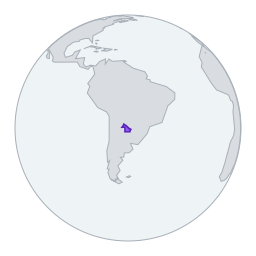 globe centered on Chaco
{"feature_id": "ARG-1306", "entity_name": "Chaco", "entity_type": "Province", "adm_level": 1, "iso_a3": "ARG", "parent_name": "Argentina", "parent_adm1": "", "projection": "orthographic", "projection_center": [-59.946, -26.062], "detail": "fine", "context": "on_globe", "style": "filled", "palette": "violet", "viewbox_px": 256, "rotation_deg": 0, "n_neighbors": 0, "source": "natural_earth", "source_scale": "10m", "svg_char_len": 4279}
<svg xmlns="http://www.w3.org/2000/svg" viewBox="0 0 256 256"><circle cx="128" cy="128" r="113" fill="#eef3f6" stroke="#a8b0b8"/><path d="M95.2,20.2L94.9,20.3L95.2,20.3L103.5,18.8L102.6,19.5L103.9,20.0L106.1,19.2L105.8,18.5L110.3,17.4L109.4,17.1L111.1,16.8L111.7,16.6L115.5,16.1L118.9,15.8L118.6,16.1L120.0,16.2L123.5,15.7L126.0,16.4L132.9,17.4L133.1,17.8L127.9,18.6L119.9,18.8L113.1,21.0L121.4,19.2L121.9,20.8L123.6,21.0L125.8,20.9L127.2,20.2L128.2,20.9L120.3,22.6L119.3,22.0L121.8,21.4L118.1,21.6L112.7,23.4L113.4,24.3L104.7,26.9L105.0,27.7L103.3,28.9L103.3,27.3L103.1,30.4L93.0,35.9L92.4,42.9L88.7,38.3L84.7,38.6L79.8,40.0L79.6,41.1L73.4,42.2L67.2,46.6L64.0,53.3L65.4,57.4L72.4,55.3L74.9,51.9L80.3,49.9L75.5,58.7L84.7,57.6L83.3,64.1L85.9,66.9L90.7,65.1L95.6,66.0L99.5,61.6L105.5,58.9L105.3,64.2L108.9,59.0L112.1,61.3L124.3,60.6L123.3,61.8L133.5,68.3L144.9,71.8L147.5,76.2L146.1,78.8L150.1,79.9L150.2,81.7L166.4,86.6L174.9,92.9L174.7,99.5L167.8,105.9L162.0,122.4L149.8,126.7L147.0,133.9L137.9,144.6L130.5,143.4L133.0,149.2L129.1,152.7L124.3,152.9L123.8,157.1L120.3,157.3L122.9,160.1L117.9,165.9L120.1,170.5L116.6,175.4L118.2,178.2L116.6,178.2L115.2,179.4L115.2,181.0L110.2,178.8L107.9,172.5L109.2,169.2L107.1,168.9L109.6,160.6L107.6,162.4L106.8,150.8L109.1,141.3L109.2,116.4L106.5,111.9L97.8,107.6L87.3,93.0L89.8,86.2L87.7,83.7L94.8,74.0L93.1,66.9L90.7,66.2L88.1,69.4L79.9,66.6L77.3,62.0L54.3,62.2L52.4,60.9L53.2,57.2L49.7,50.5L49.3,58.6L47.1,58.1L46.2,55.9L47.7,54.2L48.5,50.4L47.2,50.6L50.5,46.3L51.7,45.1L58.1,39.7L64.9,34.7L72.1,30.2L79.5,26.3L87.3,23.0L95.2,20.2ZM91.4,45.7L102.0,47.9L95.6,49.3L96.9,48.4L94.3,47.2L89.3,46.7L83.8,48.7L91.4,45.7ZM97.1,40.6L95.2,40.6L97.1,40.3L97.1,40.6ZM109.6,16.9L110.6,16.7L109.9,16.8L109.6,16.9ZM118.9,183.8L110.7,179.7L115.2,181.5L117.7,178.7L122.2,182.1L118.9,183.8ZM126.5,177.0L129.7,175.7L130.7,176.5L128.7,177.6L126.5,177.0ZM215.6,57.2L216.1,57.9L216.9,58.8L221.6,65.3L225.8,72.1L229.5,79.2L232.7,86.5L235.4,94.1L237.5,101.8L239.1,109.6L240.2,117.5L240.6,125.5L240.5,133.5L239.8,141.5L238.6,149.4L236.8,157.2L234.4,164.9L233.6,166.1L230.3,173.6L229.4,173.9L227.1,177.8L224.4,180.3L221.2,181.4L219.3,176.5L221.8,172.5L224.9,162.8L230.4,142.1L233.7,135.4L234.6,128.9L233.0,112.0L233.5,105.5L232.4,101.5L230.5,100.3L228.9,95.6L227.4,94.4L216.5,89.9L211.4,83.2L201.3,66.9L202.1,62.6L199.2,56.7L202.0,45.3L205.9,48.1L211.3,52.2L215.6,57.2ZM201.4,42.6L204.4,46.4L202.3,45.4L198.1,42.4L191.6,36.0L197.1,39.1L194.9,37.4L189.2,33.4L189.8,33.8L201.4,42.6ZM205.0,52.1L205.8,53.6L205.0,52.1ZM124.7,60.5L126.1,61.5L124.1,61.6L124.7,60.5ZM94.5,51.4L96.8,51.1L98.0,51.7L96.2,52.2L94.5,51.4ZM114.7,49.3L117.5,49.6L114.5,50.1L114.7,49.3ZM103.7,48.2L112.5,49.3L106.7,51.2L101.2,50.7L105.1,49.8L103.7,48.2ZM95.6,43.2L97.0,43.3L96.4,44.2L95.6,43.2ZM98.5,40.4L97.9,40.6L97.3,40.0L98.5,40.4ZM122.3,20.7L123.0,20.6L125.2,20.6L124.0,20.9L122.3,20.7ZM136.0,19.6L137.3,20.7L135.5,20.0L134.1,20.4L128.7,19.7L133.0,18.0L132.0,18.8L136.0,19.6ZM122.7,18.8L125.6,19.1L122.2,18.8L122.7,18.8ZM181.7,29.0L181.3,28.8L180.4,28.3L181.7,29.0ZM123.5,15.4L123.8,15.4L120.8,15.6L123.5,15.4ZM120.4,15.6L122.3,15.6L118.6,15.8L120.4,15.6ZM143.3,16.4L143.2,16.4L144.0,16.6L139.1,16.0L135.2,15.6L143.3,16.4Z" fill="#d9dde1" stroke="#a8b0b8" stroke-width="1"/><path d="M130.8,129.6L130.7,129.7L130.6,129.8L130.5,130.0L130.5,129.9L130.4,130.0L130.3,130.3L130.3,130.5L130.2,130.6L129.9,130.8L129.9,131.0L130.0,131.2L130.0,131.3L129.9,131.5L129.9,131.8L128.6,131.8L127.8,131.8L126.6,131.8L124.9,131.8L124.9,131.5L124.9,129.5L124.9,128.4L124.9,128.2L124.9,127.4L124.8,127.2L121.9,127.3L122.4,126.6L123.7,124.8L123.7,124.2L124.1,124.4L124.3,124.4L124.3,124.5L124.5,124.6L124.8,124.7L124.9,124.8L125.0,124.9L125.1,125.0L125.3,125.2L125.5,125.2L125.7,125.3L125.8,125.3L125.9,125.5L126.0,125.6L125.9,125.6L126.0,125.7L126.3,125.9L126.4,126.0L126.5,126.1L126.8,126.2L126.8,126.3L127.0,126.3L127.1,126.5L127.3,126.6L127.3,126.8L127.5,126.9L127.5,127.0L127.8,127.3L128.0,127.4L128.0,127.5L128.3,127.7L128.4,127.9L128.5,127.9L128.5,128.0L128.8,128.2L128.9,128.3L129.0,128.4L129.0,128.5L129.3,128.5L129.5,128.6L129.8,128.7L129.8,128.8L130.0,128.9L130.0,129.0L130.3,129.2L130.4,129.3L130.5,129.3L130.6,129.5L130.8,129.6L130.8,129.6Z" fill="#8b5cf6" stroke="#5b21b6" stroke-width="1.5"/></svg>